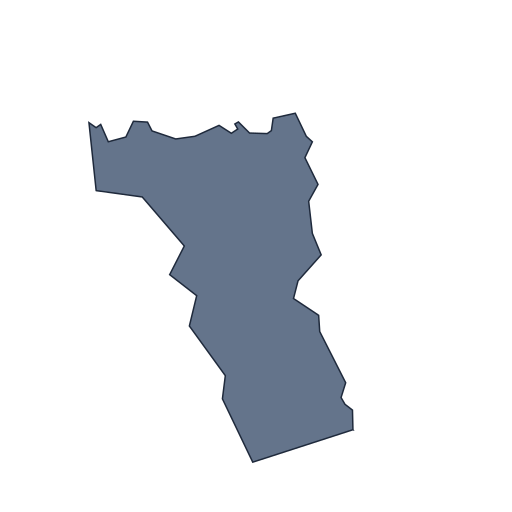 outline of Gogrial West, Warrap, South Sudan, rotated 330°
{"feature_id": "79223893B68653566735715", "entity_name": "Gogrial West", "entity_type": "district", "adm_level": 2, "iso_a3": "SSD", "parent_name": "South Sudan", "parent_adm1": "Warrap", "projection": "albers", "projection_center": [28.129, 8.576], "detail": "fine", "context": "isolated", "style": "filled", "palette": "slate", "viewbox_px": 512, "rotation_deg": 330, "n_neighbors": 0, "source": "geoboundaries", "source_scale": "gbopen_adm2", "svg_char_len": 799}
<svg xmlns="http://www.w3.org/2000/svg" viewBox="0 0 512 512"><g transform="rotate(330 256 256)"><path d="M163.3,283.3L169.6,344.2L169.6,344.3L155.5,362.9L150.1,432.9L253.0,454.9L253.1,455.0L253.1,454.9L262.5,437.7L258.9,428.9L258.9,421.1L270.3,410.6L273.4,353.3L280.6,338.7L267.2,311.6L280.0,298.5L313.0,287.6L316.1,264.6L329.0,234.9L345.5,225.0L347.5,195.3L361.9,185.3L359.4,177.5L361.4,152.0L339.8,145.2L332.0,155.1L326.9,155.6L311.9,146.3L307.8,131.1L303.7,131.1L303.7,136.9L296.0,137.4L289.3,124.4L263.0,121.8L245.0,114.5L228.5,95.7L229.0,85.8L217.2,78.0L202.8,87.9L185.2,83.2L187.3,64.4L181.7,64.9L178.0,57.0L150.3,119.4L150.3,119.5L169.4,134.3L187.0,148.0L198.9,211.4L198.9,211.5L171.9,229.0L184.8,260.7L163.3,283.3L163.3,283.3Z" fill="#64748b" stroke="#1e293b" stroke-width="1.5"/></g></svg>